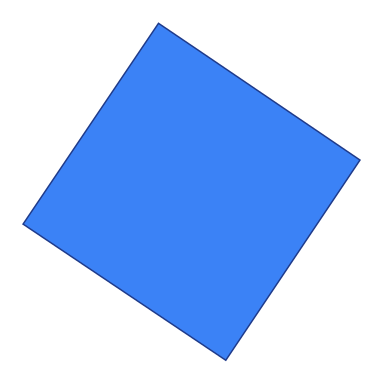 outline of Wright, Iowa, United States of America, rotated 124°
{"feature_id": "52423323B97285304575303", "entity_name": "Wright", "entity_type": "district", "adm_level": 2, "iso_a3": "USA", "parent_name": "United States of America", "parent_adm1": "Iowa", "projection": "orthographic", "projection_center": [-93.814, 42.733], "detail": "fine", "context": "isolated", "style": "filled", "palette": "blue", "viewbox_px": 384, "rotation_deg": 124, "n_neighbors": 0, "source": "geoboundaries", "source_scale": "gbopen_adm2", "svg_char_len": 237}
<svg xmlns="http://www.w3.org/2000/svg" viewBox="0 0 384 384"><g transform="rotate(124 192 192)"><path d="M70.9,314.1L313.1,314.1L312.6,69.9L71.6,70.6L71.0,253.8L70.9,314.1Z" fill="#3b82f6" stroke="#1e3a8a" stroke-width="1.5"/></g></svg>